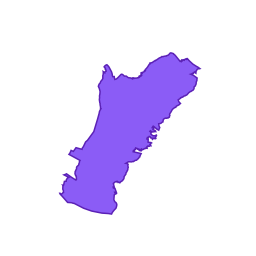 the district of Murgasi, Dolj, Romania, rotated 59°
{"feature_id": "2599482B65380015687406", "entity_name": "Murgasi", "entity_type": "district", "adm_level": 2, "iso_a3": "ROU", "parent_name": "Romania", "parent_adm1": "Dolj", "projection": "equal_earth", "projection_center": [23.828, 44.555], "detail": "fine", "context": "isolated", "style": "filled", "palette": "violet", "viewbox_px": 256, "rotation_deg": 59, "n_neighbors": 0, "source": "geoboundaries", "source_scale": "gbopen_adm2", "svg_char_len": 5758}
<svg xmlns="http://www.w3.org/2000/svg" viewBox="0 0 256 256"><g transform="rotate(59 128 128)"><path d="M148.8,220.1L149.8,220.2L151.9,219.7L160.7,218.1L163.1,214.7L164.4,213.7L164.7,213.1L174.0,207.3L180.5,201.9L187.5,194.2L191.2,188.9L193.3,186.4L192.3,184.9L191.3,182.3L190.6,179.7L189.5,178.4L188.2,177.2L187.2,176.8L185.8,176.7L184.3,177.3L182.1,177.0L178.2,174.2L178.1,172.7L176.2,172.5L176.4,172.1L177.5,172.3L177.6,172.0L178.2,172.1L178.3,171.7L178.0,171.3L173.1,170.3L172.7,170.8L172.2,170.8L171.8,171.4L171.0,171.1L171.5,170.2L168.0,169.1L167.6,166.8L167.8,165.7L168.0,165.2L168.3,165.2L168.1,165.0L168.2,164.8L168.5,165.0L169.5,164.1L170.2,163.8L170.4,163.6L170.1,163.5L170.7,163.0L170.3,162.0L170.4,161.0L170.3,160.7L170.3,159.9L169.9,159.4L169.9,158.6L168.9,157.2L167.7,156.4L166.4,153.5L165.4,152.8L164.8,151.3L164.3,150.9L163.8,149.8L162.3,148.7L161.9,148.1L160.1,147.5L159.2,146.6L158.1,147.0L157.2,148.0L157.2,144.9L159.0,142.2L159.1,141.3L159.6,140.6L159.5,140.3L159.6,139.5L159.4,138.7L160.0,137.2L159.6,135.9L159.6,134.9L158.8,133.3L158.8,132.6L158.2,132.3L156.7,129.9L151.0,135.8L150.2,135.1L150.1,134.9L150.7,134.2L149.7,133.3L150.3,132.6L150.1,132.3L149.1,131.7L150.5,130.5L151.1,130.7L151.7,130.2L151.5,129.8L152.2,129.2L153.1,129.9L154.4,128.5L154.2,127.9L153.0,127.9L152.9,127.3L153.5,127.2L154.0,126.7L154.0,125.9L154.3,125.7L154.1,124.5L154.5,124.0L154.4,123.1L155.3,122.1L155.2,121.9L154.1,121.9L153.7,121.0L153.9,120.8L153.7,120.0L154.4,119.7L154.4,119.4L154.7,118.9L154.6,117.8L154.9,117.5L154.0,117.3L153.4,117.6L152.9,116.3L152.9,115.5L152.4,115.7L150.5,118.1L148.1,116.5L147.5,117.3L147.1,117.5L146.1,116.2L146.8,115.6L146.5,114.9L146.1,114.3L146.2,114.1L147.1,113.5L148.2,113.6L148.5,113.4L148.9,112.6L150.3,112.9L150.0,110.9L151.2,110.4L151.3,109.6L150.7,109.6L150.3,109.2L150.0,108.9L149.1,107.4L148.7,107.3L148.6,107.8L148.5,108.8L148.3,109.4L147.6,110.4L146.9,110.9L144.9,111.5L144.4,111.2L144.0,110.6L142.9,110.8L142.4,110.7L142.2,110.9L141.9,110.3L142.9,109.9L143.2,109.4L143.9,109.3L144.3,108.4L144.7,107.7L144.8,106.7L145.4,106.1L144.9,105.9L144.1,106.1L142.2,107.4L141.5,106.0L140.5,106.5L140.4,106.6L140.6,106.7L140.2,107.1L139.4,105.7L139.4,105.4L140.2,105.0L142.3,104.4L143.1,103.9L143.4,104.1L145.7,102.8L143.9,100.5L143.0,100.5L141.7,100.2L140.2,99.5L140.5,99.1L140.5,98.5L140.8,97.9L140.9,97.2L140.6,95.5L140.8,95.0L138.8,93.2L138.7,91.6L138.9,90.7L139.4,90.1L139.4,89.8L139.7,89.5L139.7,88.9L140.1,88.3L140.0,87.8L140.0,87.1L139.8,87.1L138.9,85.7L137.8,85.4L137.3,84.9L136.7,83.5L134.9,80.3L134.5,77.3L134.9,76.5L134.2,75.3L134.4,72.3L134.1,71.1L134.0,70.4L131.6,70.9L129.7,70.5L129.6,68.2L129.5,67.7L129.3,67.5L129.5,67.3L129.3,66.6L129.5,65.9L129.4,65.7L129.6,65.5L129.5,65.1L129.7,64.5L129.4,63.7L129.8,62.6L129.7,62.3L129.8,62.2L129.7,61.9L129.9,61.2L129.9,60.3L129.1,57.9L129.0,57.1L128.9,55.7L129.1,55.2L129.0,53.9L129.1,52.9L128.7,51.8L128.1,51.0L127.1,50.4L126.7,49.9L126.7,49.1L126.5,48.4L126.0,48.0L125.4,47.0L123.7,45.8L122.8,44.5L121.3,43.5L120.8,43.0L116.4,44.9L114.2,46.5L114.8,44.2L114.4,44.3L114.5,43.5L114.2,42.3L116.0,41.6L115.5,41.2L114.4,40.9L114.3,40.7L114.5,40.5L114.4,40.2L113.4,38.6L113.3,37.9L113.6,36.9L113.9,36.5L114.1,35.8L111.9,36.7L110.4,37.6L106.6,39.5L101.8,40.9L99.0,41.4L98.9,41.5L99.0,41.9L99.5,42.1L99.3,42.6L98.6,42.6L98.5,43.0L98.6,43.9L98.4,44.1L98.3,44.6L98.8,44.9L98.4,45.2L98.4,45.6L97.9,45.7L97.7,46.3L97.6,46.5L98.2,46.4L98.2,46.8L97.9,46.9L98.5,47.4L98.4,47.6L98.0,47.5L98.4,48.1L97.7,48.2L97.8,49.0L90.1,50.1L89.0,50.4L88.4,50.8L87.7,50.7L86.2,52.0L85.6,52.7L85.5,53.5L86.1,55.1L86.2,55.7L86.2,56.4L85.9,57.6L86.0,58.3L85.7,58.6L85.0,60.5L84.9,61.3L84.2,62.1L84.4,62.6L84.1,65.4L84.4,68.9L84.3,69.4L84.4,69.7L84.1,69.8L84.2,70.7L84.2,72.3L84.4,73.2L84.4,73.6L83.9,74.7L83.9,75.0L84.1,75.1L84.2,75.6L83.9,75.8L84.3,76.0L84.1,76.3L84.6,77.5L85.7,79.6L86.5,81.7L86.7,82.8L87.1,83.3L87.5,83.4L87.3,84.1L87.9,84.1L87.9,85.1L88.1,85.4L87.8,86.6L88.0,86.8L87.8,87.3L87.8,87.5L88.3,87.4L88.4,87.6L87.7,87.9L87.9,88.2L87.5,88.3L87.5,88.5L88.2,88.7L88.5,88.9L88.9,88.8L89.4,89.1L89.3,89.3L89.5,89.4L89.9,89.2L90.1,89.7L89.4,90.1L89.5,90.3L90.1,90.3L90.1,90.6L89.5,91.1L90.1,91.7L89.7,91.9L90.1,92.2L90.1,92.3L90.3,92.5L90.2,92.7L89.9,92.8L90.2,93.7L89.9,93.9L89.5,95.3L89.1,96.0L88.7,96.3L88.7,97.0L87.8,97.5L87.4,98.3L87.8,98.6L88.3,98.5L88.3,98.8L86.6,99.8L85.1,101.7L84.5,102.1L82.7,102.7L81.6,104.4L79.5,105.0L78.7,105.6L78.5,106.4L79.6,110.5L80.0,112.6L79.6,114.3L78.2,113.9L76.8,113.3L76.1,114.6L75.0,114.4L73.8,113.8L71.5,113.2L66.0,112.9L64.9,113.0L62.9,113.5L62.7,114.8L62.9,116.0L63.3,117.0L65.2,116.6L65.6,117.2L66.9,117.0L67.2,117.3L68.0,117.4L68.1,118.1L68.0,119.0L68.1,119.3L68.7,119.6L68.4,119.8L67.7,119.9L66.9,120.2L67.6,120.5L69.2,121.6L70.1,122.6L72.6,124.1L73.2,125.0L74.0,127.3L75.2,128.9L75.4,129.9L76.3,131.2L77.1,132.0L79.1,132.2L82.3,133.1L84.4,134.6L85.8,135.9L87.3,136.7L89.0,138.0L91.9,139.2L92.7,139.3L93.6,139.9L96.0,140.8L97.4,141.7L97.6,141.4L99.0,143.8L100.6,145.2L104.6,149.4L113.5,159.2L117.7,169.1L118.1,171.5L120.9,175.7L121.8,177.7L122.6,178.4L118.1,182.7L119.9,186.9L117.9,188.3L119.6,190.7L120.2,192.2L131.1,185.8L131.6,186.8L132.7,187.6L133.4,188.6L134.0,189.0L134.4,189.7L134.8,191.7L135.3,192.4L136.6,193.2L137.2,194.4L138.0,195.3L138.0,195.6L139.9,197.0L141.7,197.4L141.9,197.4L141.9,197.2L143.0,197.3L143.2,197.5L144.4,198.0L144.8,198.4L145.4,198.5L145.8,199.3L145.6,199.6L141.2,201.8L135.6,204.3L135.5,205.7L135.2,207.0L139.8,204.2L139.7,205.4L139.9,206.1L140.7,207.6L141.8,208.4L141.0,210.0L143.8,212.6L143.9,212.9L143.4,213.4L143.8,213.4L146.8,215.4L148.7,215.7L149.6,216.4L150.0,216.5L149.9,217.0L150.3,218.0L150.4,219.0L150.2,219.3L148.9,219.9L148.8,220.1Z" fill="#8b5cf6" stroke="#5b21b6" stroke-width="1.5"/></g></svg>